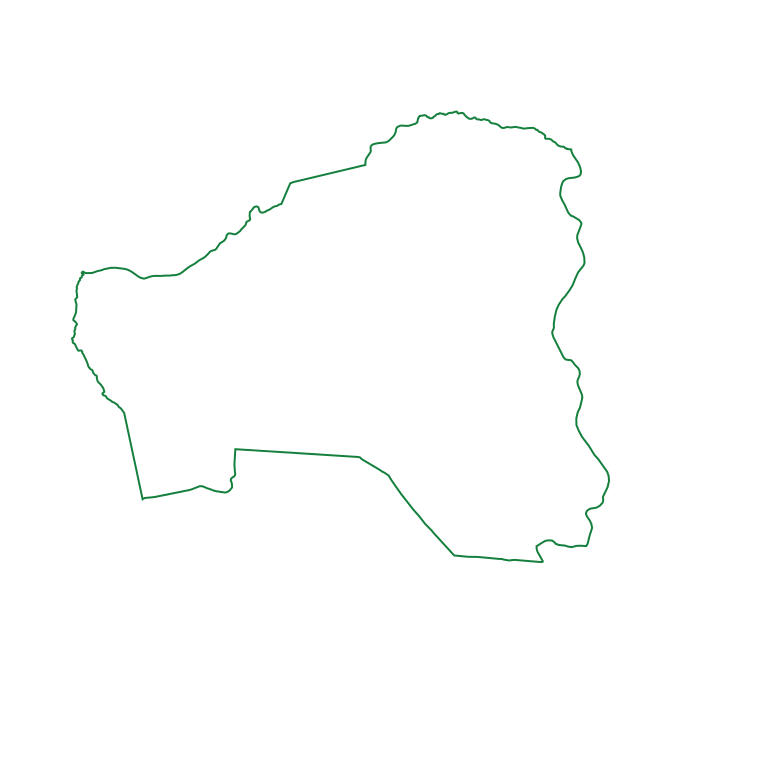 Tambara, Manica, Mozambique (orthographic projection), rotated 66°
{"feature_id": "85939544B86118750013731", "entity_name": "Tambara", "entity_type": "district", "adm_level": 2, "iso_a3": "MOZ", "parent_name": "Mozambique", "parent_adm1": "Manica", "projection": "orthographic", "projection_center": [34.041, -16.98], "detail": "fine", "context": "isolated", "style": "outline", "palette": "green", "viewbox_px": 768, "rotation_deg": 66, "n_neighbors": 0, "source": "geoboundaries", "source_scale": "gbopen_adm2", "svg_char_len": 6153}
<svg xmlns="http://www.w3.org/2000/svg" viewBox="0 0 768 768"><g transform="rotate(66 384 384)"><path d="M614.3,265.2L612.9,263.1L605.9,257.6L600.1,252.4L596.2,251.5L594.2,251.5L592.2,251.6L587.1,252.5L585.4,252.4L584.0,251.9L583.0,250.9L582.3,249.8L581.9,247.6L581.8,246.2L582.9,242.2L583.4,239.7L582.9,236.0L581.5,232.9L580.3,231.6L578.6,230.7L576.7,230.2L575.8,229.5L569.1,221.6L564.0,217.8L559.3,216.2L555.0,215.8L539.9,218.8L534.4,220.6L524.0,222.0L512.3,224.7L505.5,225.1L499.8,224.9L493.8,222.4L488.7,218.6L485.4,214.7L479.1,209.8L477.6,208.7L477.2,208.7L476.9,208.3L475.1,207.7L473.8,207.5L464.1,207.3L460.6,206.5L458.7,205.0L456.7,202.7L454.8,201.2L452.2,200.2L450.0,200.0L448.4,200.2L444.2,201.8L440.8,202.5L438.4,203.4L436.3,207.0L435.4,208.1L433.0,209.1L410.1,210.2L406.2,209.7L404.3,208.7L402.9,207.0L401.7,205.9L398.1,204.4L391.7,200.4L386.3,196.2L382.7,192.2L379.0,186.4L377.3,182.4L373.7,176.2L370.4,171.4L365.6,166.5L361.0,161.3L356.9,153.5L355.0,151.6L349.9,149.6L346.4,149.0L343.0,148.7L336.4,148.9L334.1,149.1L329.8,148.4L326.8,147.0L321.1,141.3L318.5,138.9L317.5,138.3L315.2,138.5L313.3,139.2L307.8,143.1L306.3,144.7L303.9,145.6L301.6,146.0L294.2,146.0L288.7,146.5L283.9,146.4L282.2,145.8L280.3,144.8L275.4,141.6L272.4,138.8L271.6,137.8L270.9,134.8L270.9,133.0L271.1,131.6L273.0,125.7L273.4,121.9L273.3,120.9L272.5,119.2L270.4,117.8L269.2,117.3L265.8,116.7L260.7,116.6L251.9,118.2L248.7,118.2L246.3,117.9L245.9,117.6L243.7,121.3L243.3,121.2L242.4,122.5L240.9,122.9L240.3,123.5L238.8,126.1L238.0,127.0L237.4,127.6L235.6,128.5L232.9,129.3L231.1,130.9L229.2,131.6L227.9,132.5L227.2,133.4L225.7,136.5L225.1,136.8L224.5,136.7L223.2,135.9L222.4,135.8L221.7,136.0L218.9,137.5L216.7,139.6L215.8,140.1L214.2,140.5L213.8,141.5L212.0,142.3L210.5,143.8L208.6,149.0L207.6,152.4L205.3,155.3L204.1,157.3L202.9,158.6L202.3,160.2L201.3,163.7L199.3,167.0L198.9,170.2L198.1,171.9L197.2,172.6L193.6,174.3L191.2,176.8L190.4,178.3L189.2,179.9L188.1,180.5L186.5,180.8L185.5,181.5L182.9,184.8L182.5,186.1L182.6,187.2L182.3,188.0L180.9,189.5L180.5,190.8L179.6,191.7L178.1,192.1L177.5,192.6L177.2,193.2L177.4,194.9L177.2,196.6L176.4,198.1L175.6,198.8L173.8,199.8L170.7,201.0L169.3,201.2L168.6,201.8L168.1,202.5L167.8,203.3L167.2,206.0L166.3,206.6L165.6,206.4L165.0,206.6L164.5,207.3L164.2,208.3L164.2,209.5L163.9,211.7L162.9,213.9L163.1,218.4L162.8,219.0L161.3,219.8L161.0,220.8L159.4,222.7L159.2,223.2L159.6,224.2L159.1,225.6L159.1,226.2L160.0,228.5L160.1,230.1L160.6,230.8L160.7,231.3L160.3,233.4L159.8,234.1L159.2,234.5L158.4,234.6L158.2,235.4L157.6,235.8L156.2,236.2L155.0,237.4L153.7,242.3L154.1,243.4L154.8,243.9L155.1,244.7L158.4,247.1L159.0,249.2L158.2,256.3L157.5,258.2L154.9,263.1L154.6,265.0L154.7,267.2L155.0,268.1L155.9,269.1L158.5,270.8L160.8,273.3L162.1,276.0L163.9,281.0L164.1,283.8L161.5,291.7L160.7,295.4L160.7,297.4L161.0,298.3L161.3,299.2L162.2,299.9L163.9,300.7L165.6,301.2L166.4,301.7L168.1,304.2L170.2,307.7L171.6,309.3L173.5,310.6L176.3,311.9L162.7,384.6L162.5,388.0L177.8,404.5L177.4,406.8L177.8,409.5L177.3,411.3L177.3,413.4L178.1,417.7L178.0,420.6L178.3,421.6L178.3,424.2L178.1,425.0L177.4,426.5L176.2,427.2L174.4,427.3L172.1,426.9L170.9,427.2L170.4,427.6L169.8,428.5L169.6,430.3L169.7,431.1L171.3,433.9L172.3,436.1L172.3,436.5L175.9,438.5L177.2,438.7L179.1,439.3L179.8,440.2L179.9,443.3L180.6,444.3L181.9,445.3L182.7,446.3L184.7,451.5L185.8,453.4L186.6,456.8L186.8,458.3L186.5,459.5L186.0,460.5L184.8,461.8L184.0,463.1L183.4,464.2L183.3,465.3L184.2,467.3L186.3,468.8L187.4,470.6L188.2,472.3L188.8,476.7L192.3,482.3L192.7,483.7L192.2,487.6L192.4,489.3L193.3,491.0L195.1,495.7L195.5,498.4L195.8,502.3L197.1,507.8L197.6,513.7L198.9,519.4L199.7,522.1L200.3,525.5L200.1,528.3L199.4,531.2L198.5,533.2L197.9,535.5L196.0,539.8L194.4,544.2L192.2,548.9L191.2,551.8L190.7,554.9L190.4,559.2L190.0,560.6L188.0,563.1L186.7,564.2L178.5,569.1L175.7,571.3L173.4,574.0L168.6,582.0L166.8,586.2L165.7,591.0L165.3,592.8L165.2,595.6L164.3,600.0L163.9,605.5L161.6,610.9L161.3,611.4L158.9,613.4L159.1,613.9L159.1,614.5L159.4,614.9L160.1,614.9L160.8,614.0L161.5,613.9L162.0,614.3L162.0,615.3L162.6,616.3L163.7,616.8L163.8,618.6L164.2,619.0L165.3,619.3L166.6,621.7L167.9,622.5L168.8,623.8L170.3,625.2L172.7,626.1L174.0,627.2L176.2,627.7L179.9,629.0L180.4,629.6L180.7,630.9L181.1,631.5L181.7,631.9L185.8,632.5L186.8,632.8L193.1,636.1L195.4,638.2L198.3,641.4L199.3,641.8L200.1,641.5L200.8,641.0L203.3,640.2L204.2,640.2L204.9,640.4L205.5,641.7L207.0,643.3L208.0,643.5L209.6,645.3L212.8,646.1L213.3,646.9L214.9,648.3L215.4,649.7L215.4,650.4L215.9,650.7L218.0,650.6L218.9,651.3L219.6,651.4L220.4,651.1L221.0,650.5L222.1,650.1L226.7,650.1L229.2,649.7L230.3,646.8L231.9,646.6L232.8,647.0L234.5,646.6L240.9,646.4L244.3,646.5L247.7,646.9L248.6,646.8L249.5,646.6L249.8,646.3L250.5,646.3L251.4,645.9L252.7,644.8L253.4,644.8L255.4,645.1L257.6,644.5L258.4,644.3L259.4,643.2L260.1,643.2L262.2,644.1L264.8,644.4L266.4,644.2L269.2,643.0L273.3,642.2L276.1,642.4L277.4,642.7L278.1,645.1L279.7,645.2L280.4,644.8L281.6,643.2L284.7,642.7L288.6,640.0L289.5,639.7L291.7,637.7L293.7,636.6L294.6,635.9L297.1,635.6L298.9,634.5L300.1,634.1L303.8,633.4L304.6,633.1L391.1,651.4L390.8,649.0L393.9,639.8L401.6,605.4L402.0,602.8L402.4,594.1L402.9,592.6L404.2,590.8L407.4,587.9L408.8,586.2L412.6,582.4L413.1,581.6L414.2,580.3L414.9,578.9L415.8,577.7L418.5,573.3L418.9,571.7L418.9,570.9L418.6,568.6L416.9,565.2L416.4,564.7L412.9,563.4L409.6,563.2L408.3,562.2L407.6,560.0L407.5,558.5L406.9,557.5L405.8,556.5L402.6,555.6L399.4,554.3L398.7,554.2L395.9,553.0L383.1,546.3L440.0,437.6L441.3,435.8L443.8,434.8L460.9,422.7L464.0,420.8L464.2,420.4L466.1,419.1L468.6,417.5L469.9,416.9L475.1,416.3L491.5,413.1L510.7,408.3L518.9,405.7L528.5,403.3L537.4,400.0L539.5,399.5L569.2,389.6L576.1,377.4L580.0,368.9L590.6,350.0L591.8,347.5L593.2,345.9L596.0,341.7L597.7,336.4L610.7,312.7L610.8,312.2L610.8,311.2L610.4,311.0L599.6,312.0L596.7,311.6L594.1,310.5L594.2,309.7L593.6,306.5L592.9,300.5L593.7,297.4L595.3,294.2L597.8,292.7L599.8,292.2L601.2,290.6L601.9,290.2L605.3,284.3L607.2,282.2L609.0,279.6L609.4,278.6L610.1,274.3L611.5,270.6L614.3,265.2Z" fill="none" stroke="#15803d" stroke-width="2"/></g></svg>